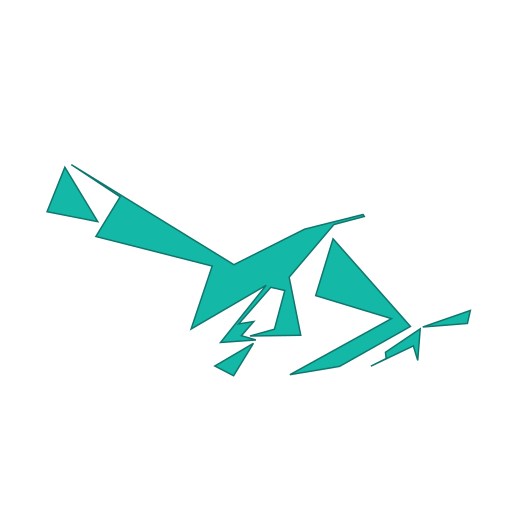 outline of Magallanes y Antártica Chilena, rotated 332°
{"feature_id": "CHL-2692", "entity_name": "Magallanes y Antártica Chilena", "entity_type": "Region", "adm_level": 1, "iso_a3": "CHL", "parent_name": "Chile", "parent_adm1": "", "projection": "equal_earth", "projection_center": [-72.604, -52.278], "detail": "coarse", "context": "isolated", "style": "filled", "palette": "teal", "viewbox_px": 512, "rotation_deg": 332, "n_neighbors": 0, "source": "natural_earth", "source_scale": "10m", "svg_char_len": 760}
<svg xmlns="http://www.w3.org/2000/svg" viewBox="0 0 512 512"><g transform="rotate(332 256 256)"><path d="M135.8,88.6L232.4,253.3L311.5,255.1L370.0,269.6L370.2,271.9L339.5,264.8L275.3,290.3L258.3,347.0L213.1,323.8L237.9,329.3L265.2,300.0L254.4,290.6L208.8,307.8L223.3,312.8L205.7,319.5L216.5,330.1L184.1,315.7L251.3,286.6L164.4,290.0L212.6,244.3L123.8,163.6L163.8,140.0L135.8,88.6ZM359.3,390.7L278.0,392.7L230.2,376.7L346.2,374.9L290.1,319.0L332.1,277.0L359.3,390.7ZM132.4,151.4L92.3,118.8L128.9,87.9L132.4,151.4ZM366.8,397.4L349.8,424.1L352.7,409.2L305.7,407.2L322.8,407.6L325.1,401.8L366.8,397.4ZM212.7,331.9L180.0,351.2L168.0,333.8L212.7,331.9ZM411.0,414.8L369.9,397.0L419.7,404.7L411.0,414.8Z" fill="#14b8a6" stroke="#0f766e" stroke-width="1.5"/></g></svg>